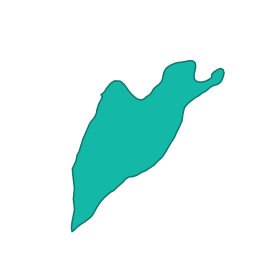 outline of V-2 Mahaicony/Berbice, Mahaica-Berbice, Guyana, rotated 229°
{"feature_id": "73187651B73006016371738", "entity_name": "V-2 Mahaicony/Berbice", "entity_type": "district", "adm_level": 2, "iso_a3": "GUY", "parent_name": "Guyana", "parent_adm1": "Mahaica-Berbice", "projection": "robinson", "projection_center": [-57.687, 6.279], "detail": "fine", "context": "isolated", "style": "filled", "palette": "teal", "viewbox_px": 256, "rotation_deg": 229, "n_neighbors": 0, "source": "geoboundaries", "source_scale": "gbopen_adm2", "svg_char_len": 1779}
<svg xmlns="http://www.w3.org/2000/svg" viewBox="0 0 256 256"><g transform="rotate(229 128 128)"><path d="M113.6,226.7L111.1,223.9L111.6,220.4L112.4,217.4L113.7,214.6L115.7,212.0L118.2,210.3L121.1,210.1L124.3,212.2L126.3,214.6L128.1,217.3L130.5,219.8L133.0,221.4L135.9,221.0L138.2,219.0L140.4,215.1L142.3,212.0L144.4,209.0L146.0,205.9L147.2,202.3L147.9,198.7L147.9,195.4L146.2,191.2L144.2,188.6L142.4,186.3L141.1,183.6L140.5,180.1L140.8,176.6L140.7,172.9L139.5,169.6L138.9,166.3L139.5,162.3L139.4,159.3L140.3,156.5L143.1,154.4L145.8,153.5L148.9,153.1L151.8,152.8L155.3,152.9L159.1,153.3L162.1,153.6L165.6,153.4L168.3,152.9L170.4,151.0L172.4,148.6L173.1,144.6L172.5,140.4L171.9,137.5L170.8,134.2L170.6,130.9L170.9,129.6L167.8,128.5L167.9,128.4L165.3,121.7L162.3,116.8L159.7,113.6L158.0,109.6L157.1,104.2L156.1,101.2L149.0,86.4L142.5,76.0L142.3,76.0L141.2,72.3L137.0,66.7L136.1,64.5L133.8,59.4L131.6,57.6L121.3,50.5L117.5,47.9L110.2,40.1L102.7,35.0L101.3,33.8L93.5,23.8L89.8,19.9L87.2,18.1L86.5,17.9L86.5,18.0L86.2,19.7L86.6,24.0L86.3,29.0L85.7,32.8L85.3,37.8L85.2,41.2L85.7,44.5L87.3,49.0L88.8,53.1L89.7,56.4L90.6,60.2L91.0,64.1L91.1,69.1L90.9,73.3L90.2,76.3L90.5,81.0L90.5,85.4L90.5,89.4L91.1,92.4L90.4,96.8L88.3,99.5L86.6,103.4L85.6,109.2L84.2,113.4L83.4,119.6L82.9,123.8L83.5,128.9L83.5,132.1L83.7,135.1L84.7,138.6L85.5,141.5L86.6,144.5L87.6,147.4L88.8,151.0L89.8,154.8L91.1,158.4L92.7,161.4L94.4,165.9L96.4,170.1L97.7,173.0L100.0,175.8L102.0,177.9L104.4,181.2L106.2,183.8L107.0,187.1L107.2,190.5L107.1,194.0L106.9,198.4L105.8,203.2L105.8,206.5L104.9,210.5L104.7,213.6L104.8,216.9L103.9,220.6L102.2,224.1L101.8,227.7L102.8,230.8L104.7,234.2L106.5,236.6L109.7,238.1L112.2,236.9L113.3,233.9L113.9,229.8L113.6,226.7Z" fill="#14b8a6" stroke="#0f766e" stroke-width="1.5"/></g></svg>